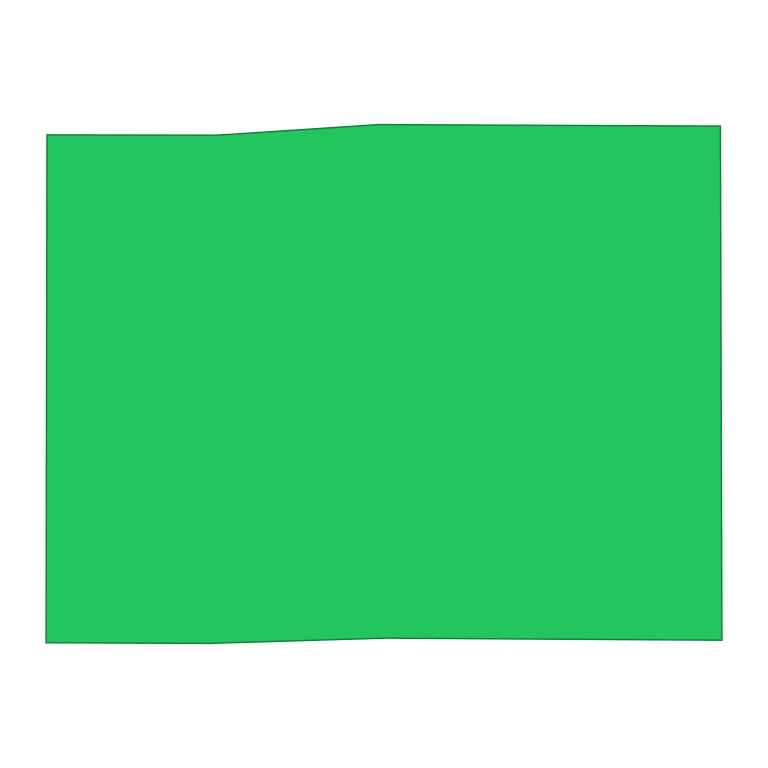 Clarke, Iowa, United States of America
{"feature_id": "52423323B49910355657657", "entity_name": "Clarke", "entity_type": "district", "adm_level": 2, "iso_a3": "USA", "parent_name": "United States of America", "parent_adm1": "Iowa", "projection": "mercator", "projection_center": [-93.837, 41.029], "detail": "fine", "context": "isolated", "style": "filled", "palette": "green", "viewbox_px": 768, "rotation_deg": 0, "n_neighbors": 0, "source": "geoboundaries", "source_scale": "gbopen_adm2", "svg_char_len": 237}
<svg xmlns="http://www.w3.org/2000/svg" viewBox="0 0 768 768"><path d="M46.1,642.7L208.1,643.4L385.9,638.1L721.9,640.2L720.4,126.1L378.8,124.6L217.1,135.2L47.0,134.9L46.1,642.7Z" fill="#22c55e" stroke="#15803d" stroke-width="1.5"/></svg>